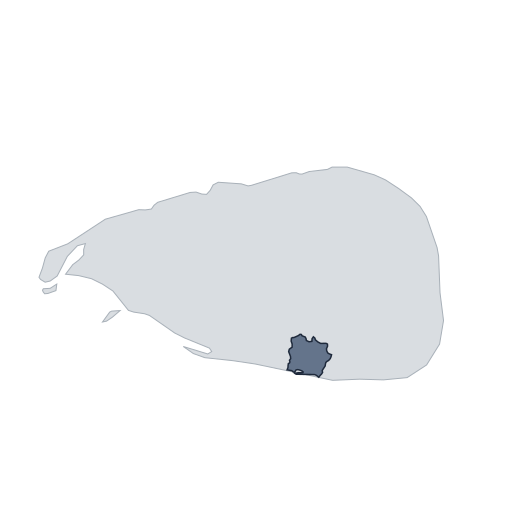 location of Gampaha within Sri Lanka, rotated 287°
{"feature_id": "LKA-2471", "entity_name": "Gampaha", "entity_type": "District", "adm_level": 1, "iso_a3": "LKA", "parent_name": "Sri Lanka", "parent_adm1": "", "projection": "orthographic", "projection_center": [79.983, 7.117], "detail": "fine", "context": "in_parent", "style": "filled", "palette": "slate", "viewbox_px": 512, "rotation_deg": 287, "n_neighbors": 0, "source": "natural_earth", "source_scale": "10m", "svg_char_len": 2307}
<svg xmlns="http://www.w3.org/2000/svg" viewBox="0 0 512 512"><g transform="rotate(287 256 256)"><path d="M172.2,54.7L182.0,55.3L192.6,55.0L200.0,56.4L212.6,72.4L247.1,101.1L266.0,130.3L267.7,136.7L270.3,142.2L274.8,143.7L278.6,146.3L297.5,174.4L299.6,180.0L299.4,186.1L300.5,190.7L305.4,193.0L311.5,194.2L315.5,198.4L320.7,220.9L320.7,227.9L322.2,230.9L346.0,265.9L347.4,270.2L347.1,273.4L347.8,276.1L352.4,282.3L359.7,299.0L363.3,302.8L367.7,317.4L368.2,345.3L366.6,357.7L362.2,372.8L357.0,387.7L351.4,398.4L343.6,407.4L317.0,426.7L309.4,430.6L274.7,442.7L249.1,454.2L225.4,457.3L201.7,451.0L183.9,436.1L174.8,414.1L168.5,391.1L159.5,365.6L152.5,286.8L149.2,264.8L143.8,236.7L144.4,224.6L148.2,212.9L148.2,238.5L151.7,241.6L154.3,238.4L156.7,211.9L158.6,200.7L168.0,171.5L168.2,166.3L166.6,155.4L166.7,149.9L180.7,129.4L184.2,117.5L186.2,105.3L185.4,92.1L182.9,79.2L194.2,83.3L200.4,87.8L206.7,90.9L211.8,89.3L218.0,89.2L213.6,82.2L200.5,75.7L178.7,71.7L171.9,66.5L169.3,62.0L170.6,56.8L172.2,54.7ZM161.1,134.1L164.1,142.0L155.6,136.6L150.0,132.1L148.0,128.5L159.6,132.5L161.1,134.1ZM170.9,73.7L164.4,74.8L159.3,67.9L158.1,64.9L159.5,62.9L160.9,61.8L162.5,62.2L164.9,68.6L170.9,73.7Z" fill="#d9dde1" stroke="#a8b0b8" stroke-width="1"/><path d="M158.4,351.5L159.4,349.0L159.7,347.8L159.7,346.6L154.7,329.0L155.4,326.4L155.4,328.0L155.8,329.0L156.3,329.7L156.8,330.7L157.8,334.1L158.3,335.0L158.9,335.0L159.1,334.0L159.4,333.6L159.6,333.5L159.7,330.4L159.5,329.0L158.9,327.8L158.5,327.5L157.1,327.2L156.5,326.8L156.4,326.6L156.0,325.9L156.2,325.0L156.6,324.3L156.8,323.5L156.2,319.0L158.7,319.2L160.6,318.7L162.6,318.4L163.4,319.3L164.6,319.4L166.1,318.5L167.9,319.2L170.1,318.3L174.1,315.2L176.6,315.1L179.4,317.2L182.4,316.3L184.9,314.5L187.8,313.9L188.8,315.0L189.0,315.9L189.6,316.7L192.2,319.7L194.0,321.0L194.2,322.4L193.2,323.2L192.9,326.8L191.6,328.0L189.9,328.9L189.5,331.8L190.7,334.4L193.3,333.8L195.5,334.5L194.7,336.3L193.2,337.3L191.9,340.3L191.3,343.4L192.9,348.3L192.9,349.3L192.6,350.1L190.7,350.8L187.9,350.5L185.9,351.4L184.2,353.1L183.8,355.0L183.7,357.1L181.5,357.2L179.6,357.0L178.4,356.5L177.2,355.9L176.0,354.7L174.6,353.9L172.9,354.0L171.1,354.3L165.9,352.8L165.0,353.2L164.2,353.7L162.3,353.2L160.6,352.3L158.4,351.5Z" fill="#64748b" stroke="#1e293b" stroke-width="1.5"/></g></svg>